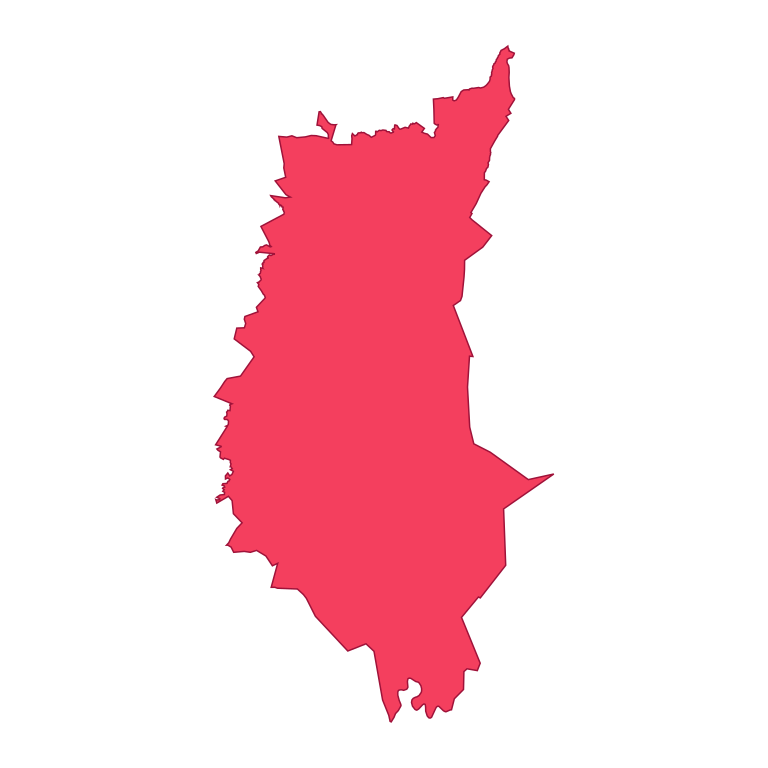 Mochitlán, Guerrero, Mexico
{"feature_id": "50627088B81925526964077", "entity_name": "Mochitlán", "entity_type": "district", "adm_level": 2, "iso_a3": "MEX", "parent_name": "Mexico", "parent_adm1": "Guerrero", "projection": "natural_earth1", "projection_center": [-99.379, 17.343], "detail": "fine", "context": "isolated", "style": "filled", "palette": "rose", "viewbox_px": 768, "rotation_deg": 0, "n_neighbors": 0, "source": "geoboundaries", "source_scale": "gbopen_adm2", "svg_char_len": 6063}
<svg xmlns="http://www.w3.org/2000/svg" viewBox="0 0 768 768"><path d="M514.3,53.2L509.2,51.0L509.3,50.4L508.6,49.7L508.7,48.9L508.1,48.0L507.8,46.1L504.4,48.7L501.1,50.4L499.8,53.0L499.9,54.1L498.4,55.6L498.1,57.0L497.5,57.6L497.3,58.6L496.4,59.4L496.0,61.5L495.4,61.9L495.2,63.0L494.0,63.7L493.7,65.0L493.2,65.5L492.6,67.0L493.0,68.3L492.2,70.1L492.1,71.4L491.6,72.2L491.7,74.3L491.3,75.1L491.5,75.5L491.3,76.2L490.1,77.1L490.1,79.3L489.5,81.3L487.1,84.4L485.8,85.7L483.6,87.2L480.4,88.0L478.7,87.5L473.5,88.3L471.9,88.2L469.5,89.0L469.0,90.0L468.2,89.7L463.7,90.0L461.2,91.6L458.2,97.3L456.4,100.0L454.4,100.8L453.8,100.7L452.7,100.0L452.8,96.9L444.4,98.3L443.3,97.6L437.9,98.7L433.4,99.1L433.9,109.4L434.2,123.3L435.2,124.2L436.8,125.0L437.9,124.9L438.4,124.0L437.9,127.4L436.5,128.6L435.9,129.7L435.5,130.0L435.5,130.8L435.2,131.5L434.4,132.5L435.3,135.6L434.0,137.5L431.1,137.6L427.5,134.1L424.4,133.3L421.8,132.1L424.4,128.4L416.3,122.6L414.6,123.8L412.8,123.3L412.7,124.1L410.7,124.0L410.4,124.7L409.2,126.2L408.5,128.1L405.1,127.3L400.7,129.1L399.7,129.1L398.9,128.3L397.0,125.5L395.0,124.9L394.7,125.1L394.4,128.9L393.1,128.7L392.0,130.0L393.5,131.9L393.3,132.2L391.0,133.1L390.1,132.8L389.3,131.8L386.8,131.6L386.4,131.2L386.0,130.4L382.8,130.0L381.0,130.6L379.3,130.3L377.2,131.8L376.1,131.2L375.7,131.3L375.6,134.5L375.3,135.3L371.3,137.3L369.0,135.3L366.8,134.4L364.0,132.6L361.7,132.7L361.2,132.2L360.5,132.8L358.4,132.9L357.7,133.4L357.4,134.7L356.7,134.8L355.9,135.5L354.8,135.9L352.4,133.6L351.7,135.8L352.0,138.7L351.6,144.6L337.0,144.8L334.0,143.9L332.6,141.9L331.1,140.8L335.9,124.9L336.1,124.7L334.1,124.8L330.8,124.4L328.1,122.4L323.4,115.6L322.1,114.0L321.4,113.9L321.3,113.1L320.4,111.6L319.1,111.8L317.0,125.1L319.7,125.6L321.8,126.7L322.1,128.4L327.3,132.6L328.4,134.8L328.3,136.4L328.6,138.2L328.3,138.4L316.1,135.7L311.2,135.5L305.3,136.9L296.7,137.7L291.9,135.8L286.8,137.1L278.8,136.4L284.2,163.7L283.8,167.9L285.7,177.3L275.2,180.9L285.9,194.6L290.4,197.1L285.4,197.8L270.7,195.6L271.3,196.7L273.6,198.8L274.1,199.7L274.5,199.6L275.1,200.7L275.5,200.8L277.7,202.7L278.5,203.1L278.9,204.3L279.9,205.3L280.0,205.8L280.4,205.0L281.1,205.3L281.7,205.9L281.9,206.9L283.1,207.2L282.8,209.7L283.5,210.4L283.6,211.2L284.3,212.3L283.9,214.2L260.9,226.4L268.2,240.5L269.3,242.9L269.7,245.1L271.2,246.6L270.2,246.9L266.5,244.9L264.6,245.5L262.8,246.8L260.4,247.0L258.2,250.9L255.8,252.4L256.3,253.5L259.4,252.2L274.3,253.7L274.3,254.3L272.8,254.4L271.6,255.4L270.5,255.5L269.8,254.9L268.9,255.3L267.6,256.8L267.6,257.2L268.2,257.8L268.1,258.2L267.2,258.4L264.2,260.4L263.9,260.9L264.1,262.0L263.8,262.5L263.3,262.4L262.2,264.0L262.9,264.3L262.6,265.3L262.8,267.2L262.3,268.0L262.6,268.3L260.7,267.9L260.7,269.4L261.0,270.5L260.5,271.6L260.5,272.7L260.3,273.3L259.4,273.9L259.3,275.1L258.9,275.1L260.4,276.8L260.4,277.4L261.2,279.1L260.8,280.3L259.1,281.7L259.1,282.1L257.4,282.6L258.8,284.5L258.2,286.4L261.4,290.8L263.4,294.3L264.4,295.1L265.3,297.6L264.6,298.6L256.4,307.3L258.0,311.8L244.9,316.5L244.3,319.2L245.7,323.5L244.4,327.8L236.8,328.1L234.2,338.9L250.6,351.3L254.1,356.8L240.5,376.1L227.1,378.6L224.7,381.5L220.6,387.8L214.2,396.5L232.0,403.8L230.1,404.5L230.2,404.8L229.8,405.3L230.4,406.0L230.0,410.6L227.8,410.3L227.5,411.2L226.6,412.1L227.0,413.9L226.7,416.1L224.7,417.1L224.1,418.1L224.1,418.7L224.5,419.4L227.0,419.5L227.8,420.0L228.5,421.1L228.3,424.5L227.5,425.5L225.9,426.2L227.1,426.6L215.6,444.8L221.0,446.2L221.2,446.7L216.9,449.0L218.0,450.3L220.5,451.8L220.0,457.0L220.6,457.9L223.4,459.4L224.4,458.2L228.7,459.5L230.4,460.3L230.3,462.6L231.0,463.9L230.3,466.5L230.6,466.4L232.2,468.7L230.4,469.7L233.4,471.3L231.9,474.5L229.7,475.9L227.8,473.0L225.4,475.9L225.5,479.0L227.8,478.0L229.8,479.4L229.1,480.9L228.0,481.3L226.9,483.4L222.9,483.7L222.1,485.1L224.3,485.9L224.7,487.2L223.1,487.7L222.6,488.4L224.2,489.7L222.8,491.3L224.6,492.3L224.4,494.5L220.1,495.0L216.7,497.3L219.8,498.6L219.6,499.7L216.5,500.0L215.8,499.6L216.8,503.1L228.4,496.3L232.1,500.6L233.4,513.7L242.1,522.8L236.8,528.4L230.5,539.1L228.8,542.7L226.5,545.2L227.9,545.2L231.1,547.1L233.7,552.3L244.2,551.4L250.4,552.3L256.6,550.4L265.9,556.0L272.4,565.8L277.7,563.3L271.2,587.3L274.9,587.3L277.4,588.2L297.4,589.0L303.5,594.6L306.4,598.4L315.4,616.3L347.8,651.0L366.0,643.8L374.0,651.3L382.6,700.0L388.8,715.4L390.1,721.4L391.2,721.9L394.0,717.4L395.5,713.6L398.3,710.6L400.8,706.1L401.0,705.3L400.7,704.1L399.2,700.4L397.8,695.2L397.8,692.0L398.1,691.2L398.5,690.4L399.9,689.9L401.6,689.8L403.7,690.3L406.5,689.3L407.1,688.8L407.9,687.2L407.4,681.6L407.8,679.2L408.2,678.5L409.4,678.1L410.9,678.4L415.7,681.5L418.3,682.2L419.1,682.9L420.9,685.7L421.6,688.6L421.6,690.7L421.3,692.3L419.1,695.5L416.8,696.9L415.5,697.2L413.3,698.3L412.0,699.8L411.5,702.4L412.5,706.2L415.0,709.4L416.4,710.1L417.1,710.0L418.8,708.9L422.6,704.8L423.9,704.0L424.9,704.2L425.2,704.5L425.6,706.9L425.7,711.2L427.2,715.9L428.7,717.7L429.4,718.0L430.5,718.0L431.6,717.2L435.8,708.1L436.5,707.0L437.2,706.5L437.9,706.2L438.8,706.3L443.5,710.8L445.3,711.7L446.2,711.7L450.1,710.0L451.5,709.8L454.3,698.8L463.5,689.5L463.9,671.6L467.0,668.8L477.3,670.6L480.2,663.2L461.5,617.4L478.4,597.0L480.3,597.9L505.7,565.3L503.6,508.9L553.8,474.0L528.3,479.6L490.2,452.2L473.8,443.8L469.7,427.1L467.5,387.1L469.5,356.2L472.9,356.5L453.3,305.5L460.5,300.5L462.0,296.4L464.0,277.2L464.5,269.5L464.6,260.3L482.8,247.1L491.7,235.6L472.1,219.9L469.7,217.5L472.0,213.5L470.9,212.6L476.2,203.6L480.9,193.3L485.0,186.9L486.9,184.9L489.1,181.7L486.2,180.1L484.3,179.7L484.4,172.7L485.5,171.3L486.5,168.5L487.9,167.2L488.0,166.7L488.5,164.3L488.1,163.5L488.1,162.6L489.5,160.4L489.6,157.5L490.0,155.6L490.5,154.7L490.4,153.5L490.8,152.8L490.4,151.4L490.4,148.7L494.8,140.8L497.6,136.2L497.7,135.4L508.7,120.5L506.0,116.3L510.9,113.3L508.4,109.3L514.5,99.6L514.5,98.4L513.2,97.6L511.2,93.8L510.4,91.6L509.4,86.1L508.9,77.5L509.2,72.3L509.0,67.5L508.6,65.5L507.6,64.0L506.9,62.0L507.3,59.2L509.4,58.1L512.0,57.8L513.9,54.7L514.3,53.2Z" fill="#f43f5e" stroke="#9f1239" stroke-width="1.5"/></svg>